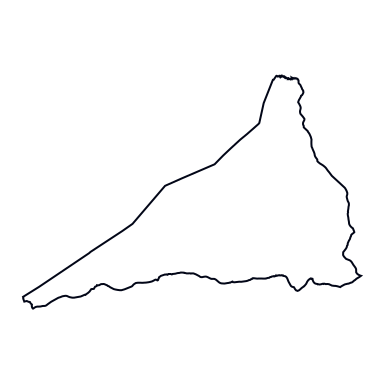 Luangwa, Lusaka, Zambia
{"feature_id": "96606910B48730551364911", "entity_name": "Luangwa", "entity_type": "district", "adm_level": 2, "iso_a3": "ZMB", "parent_name": "Zambia", "parent_adm1": "Lusaka", "projection": "albers", "projection_center": [30.16, -15.353], "detail": "fine", "context": "isolated", "style": "outline", "palette": "ink", "viewbox_px": 384, "rotation_deg": 0, "n_neighbors": 0, "source": "geoboundaries", "source_scale": "gbopen_adm2", "svg_char_len": 5854}
<svg xmlns="http://www.w3.org/2000/svg" viewBox="0 0 384 384"><path d="M32.1,307.5L32.8,308.5L33.4,308.5L34.5,307.6L35.9,306.9L37.3,306.6L38.8,306.6L40.4,306.5L42.7,306.0L44.9,305.9L45.6,305.7L46.4,305.3L47.5,304.4L51.1,301.8L58.1,297.9L58.8,297.6L60.2,297.2L62.4,296.3L65.2,295.8L66.7,295.9L69.5,297.1L70.9,297.4L72.4,297.7L73.9,297.7L80.7,296.5L84.9,294.7L85.5,294.9L86.0,294.3L87.8,293.1L89.5,291.6L91.3,289.1L93.8,288.9L95.1,286.7L96.6,286.1L96.9,285.7L97.0,285.2L97.5,285.3L98.3,285.3L99.1,285.2L100.9,284.2L101.6,284.1L103.8,284.0L104.5,284.2L107.3,285.4L107.7,285.9L108.5,286.1L108.3,286.0L108.9,286.3L109.7,286.9L110.3,287.3L113.8,289.1L115.4,289.5L117.5,289.9L119.8,290.2L121.5,290.2L122.2,290.0L124.6,289.3L131.6,286.5L132.2,286.1L133.6,284.5L134.7,283.7L135.9,283.0L138.1,282.7L142.8,282.8L143.9,282.7L145.9,282.6L148.8,282.2L151.0,281.7L152.3,281.3L155.3,279.7L155.9,279.7L156.8,279.9L157.3,280.4L157.5,280.4L157.9,280.2L158.2,279.8L158.4,278.9L159.0,277.8L159.0,277.4L159.1,277.2L159.9,276.7L160.8,275.9L163.2,275.1L165.0,274.5L165.4,274.6L166.5,274.4L167.3,274.8L167.7,274.7L168.0,274.4L168.3,274.0L168.5,274.0L170.8,274.0L171.6,274.4L172.2,274.3L172.5,274.0L175.3,273.7L177.5,273.1L179.5,272.9L181.0,272.5L181.8,272.6L183.1,272.6L183.8,272.7L183.8,272.8L184.3,273.0L184.7,272.9L186.7,273.4L188.6,273.4L188.9,273.3L190.1,273.3L190.9,273.6L191.4,273.4L193.3,273.4L194.0,273.6L196.0,274.4L199.2,276.1L200.3,276.9L201.0,277.1L202.4,277.1L203.7,276.8L205.1,276.6L206.0,276.6L206.8,276.8L208.0,277.3L209.9,278.3L211.4,278.9L214.2,278.9L214.9,279.1L216.1,279.8L219.0,282.3L220.2,283.0L221.1,283.3L221.8,283.4L223.4,283.5L224.8,283.5L227.8,283.0L228.9,282.9L229.5,282.6L230.0,282.7L230.7,282.4L231.6,281.9L232.5,281.6L232.8,282.1L234.4,282.3L239.4,281.7L241.1,281.8L246.2,281.1L247.8,280.7L248.6,280.2L248.9,280.2L250.4,279.8L250.7,279.4L252.3,278.8L252.3,278.5L252.8,278.2L253.7,278.2L257.0,278.6L260.2,278.5L263.6,278.6L265.4,278.6L266.0,278.4L266.6,278.4L266.9,278.2L267.5,278.0L269.0,277.8L269.4,277.7L269.8,277.3L270.4,277.0L271.0,277.0L271.9,276.5L273.2,276.3L273.6,276.4L274.2,276.4L274.2,276.1L275.2,276.1L275.7,276.0L275.9,275.7L276.0,275.9L276.3,275.9L277.6,275.5L277.8,275.6L278.5,275.3L279.5,275.2L280.0,275.5L281.4,275.2L281.7,275.4L282.4,275.3L282.9,275.7L283.1,275.6L283.2,275.8L283.5,275.8L283.8,276.0L284.0,276.0L285.4,276.3L286.3,277.0L287.2,278.3L288.5,281.6L290.6,285.4L291.1,286.1L291.8,286.6L292.3,286.8L293.9,287.2L294.1,287.4L294.9,288.9L296.0,290.3L297.6,290.9L299.2,290.2L301.9,287.8L303.2,286.9L303.8,286.3L304.1,286.3L304.9,285.4L306.2,283.8L307.2,281.7L308.1,280.4L309.4,279.2L310.2,278.7L310.6,278.8L310.5,278.6L310.8,278.4L312.5,278.8L312.8,280.4L313.5,281.9L314.6,283.2L316.1,283.8L317.5,284.0L317.7,284.3L318.1,284.2L319.3,284.5L320.9,284.3L322.6,283.8L323.2,283.7L323.5,284.0L324.5,283.7L325.7,284.1L327.4,284.0L329.0,284.2L332.0,285.6L333.0,285.7L334.3,285.9L335.4,285.9L337.1,286.2L340.3,287.1L341.3,286.3L344.6,284.5L345.6,284.2L346.6,284.0L347.2,283.8L348.1,283.7L348.3,283.6L348.7,283.6L351.0,282.6L351.4,282.6L352.3,282.2L354.5,280.3L355.0,280.1L356.5,278.7L359.4,277.0L361.0,275.8L359.8,275.4L358.4,274.7L357.1,273.7L356.2,272.4L356.1,269.1L355.4,267.6L353.4,264.9L351.7,262.1L350.6,260.9L349.5,260.2L349.2,260.1L346.1,258.9L343.9,256.5L343.1,255.0L343.2,252.2L345.4,249.4L346.1,248.4L346.7,247.3L347.0,245.8L347.6,245.0L347.7,244.1L347.7,243.6L347.8,243.2L348.9,240.7L349.9,239.1L350.4,237.3L351.0,236.1L351.3,234.8L352.4,233.8L353.5,233.0L354.3,232.2L354.1,231.4L352.9,228.3L352.1,227.8L350.5,226.3L349.4,224.6L349.1,223.6L348.9,221.6L348.5,219.4L348.3,217.5L347.9,215.6L347.7,213.8L348.1,212.2L347.9,211.5L348.4,208.3L348.5,206.9L348.9,205.2L348.9,203.7L348.7,202.8L347.7,200.9L346.8,197.6L346.7,196.3L347.3,194.3L347.3,192.9L346.5,190.7L345.2,188.3L344.5,187.5L331.8,175.8L329.2,172.3L327.7,170.5L326.1,168.2L325.2,167.2L323.3,165.6L322.1,164.8L319.8,163.4L317.9,161.8L317.3,161.0L317.3,159.7L317.2,159.4L315.7,157.4L315.1,156.3L314.8,155.5L314.5,153.7L314.0,152.2L312.7,149.3L312.2,147.9L311.6,146.7L311.4,143.9L311.4,141.4L311.5,139.5L310.8,136.9L309.5,134.0L308.8,132.9L307.9,131.7L307.8,131.2L303.8,127.4L303.7,125.8L303.1,124.7L303.0,123.1L303.3,122.1L304.3,120.1L304.4,119.7L304.4,118.8L302.9,116.7L300.5,113.9L300.2,113.1L300.0,111.7L300.1,110.6L300.4,109.5L300.7,108.1L300.6,107.1L300.1,105.7L298.9,103.4L298.2,102.4L298.2,102.0L298.9,100.1L299.9,98.4L300.3,97.6L300.7,97.0L301.1,95.7L301.9,95.3L302.6,94.3L303.1,93.3L303.4,92.5L303.4,91.9L303.2,91.5L303.3,91.0L303.1,90.6L302.8,90.0L302.2,89.3L301.7,87.8L301.5,87.5L300.3,84.9L298.9,83.5L298.6,82.9L298.5,81.7L298.6,81.0L298.4,80.2L297.7,79.1L297.4,79.2L297.2,78.8L296.7,78.4L296.1,78.5L295.7,78.2L295.3,78.5L294.9,78.6L294.4,78.4L294.0,78.0L293.7,78.2L293.7,78.6L293.3,78.7L292.4,77.8L291.9,77.8L291.6,77.6L291.8,78.6L291.8,79.3L291.6,79.3L291.2,78.9L290.7,78.9L290.4,79.3L289.9,78.9L289.3,79.1L288.9,78.6L288.6,78.6L288.5,79.1L288.4,79.2L288.1,79.2L288.3,78.8L288.1,78.6L288.1,78.1L286.1,78.2L286.0,77.9L285.7,77.8L285.8,77.4L285.6,77.2L285.3,77.1L284.9,77.7L284.7,77.5L284.5,77.1L284.5,76.7L284.4,76.4L284.0,76.2L283.8,76.2L283.7,76.9L282.8,76.3L282.0,76.2L281.8,75.5L281.6,75.5L281.1,75.7L281.2,76.0L281.5,76.2L281.7,76.7L281.4,76.8L280.9,76.5L280.3,77.2L279.9,76.5L280.0,76.1L279.9,76.0L279.4,75.8L279.2,76.1L279.3,76.4L279.1,76.5L278.5,76.3L278.1,76.4L278.1,76.2L277.2,76.2L276.9,75.9L276.6,75.8L276.2,76.0L273.6,79.8L272.9,79.8L263.7,103.1L259.3,123.0L258.5,124.0L247.0,134.1L240.3,139.6L230.6,148.5L223.2,155.5L214.6,164.3L181.8,178.4L165.1,185.8L132.5,223.9L122.2,231.1L90.5,251.9L89.2,253.1L39.0,286.9L23.0,296.9L23.4,298.0L23.2,298.6L24.3,301.6L25.1,301.3L25.6,301.3L26.8,301.0L28.7,301.9L29.3,301.9L29.9,302.0L30.7,303.5L31.8,304.4L32.0,304.8L31.7,305.9L32.0,306.8L32.1,307.5Z" fill="none" stroke="#020617" stroke-width="2"/></svg>